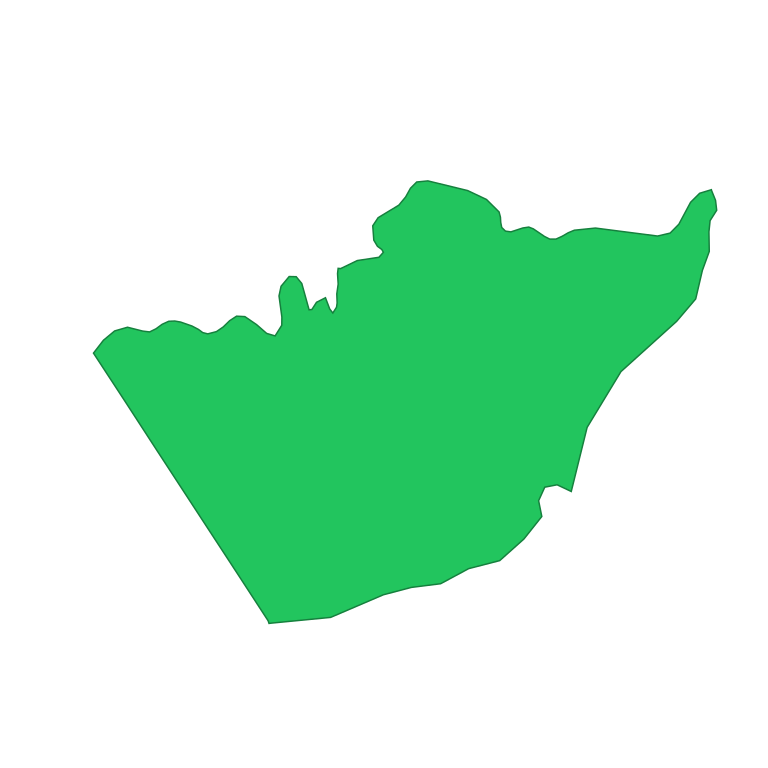 map outline of Kaabong (Mercator projection), rotated 282°
{"feature_id": "UGA-3125", "entity_name": "Kaabong", "entity_type": "District", "adm_level": 1, "iso_a3": "UGA", "parent_name": "Uganda", "parent_adm1": "", "projection": "mercator", "projection_center": [34.168, 3.648], "detail": "fine", "context": "isolated", "style": "filled", "palette": "green", "viewbox_px": 768, "rotation_deg": 282, "n_neighbors": 0, "source": "natural_earth", "source_scale": "10m", "svg_char_len": 1502}
<svg xmlns="http://www.w3.org/2000/svg" viewBox="0 0 768 768"><g transform="rotate(282 384 384)"><path d="M125.9,321.3L128.3,319.9L165.7,282.4L214.2,233.6L270.9,176.6L312.7,134.8L353.8,93.4L368.5,100.5L379.9,109.5L386.2,121.3L385.6,137.0L386.2,143.9L390.6,149.5L396.3,154.6L400.6,160.4L402.1,166.3L402.3,172.2L400.8,184.1L398.8,191.2L396.6,196.0L396.4,201.2L400.4,209.2L406.4,214.9L413.9,219.9L419.7,225.7L421.0,233.9L415.6,247.0L409.1,258.7L408.4,267.5L420.2,271.8L428.2,270.2L448.3,263.0L458.2,263.0L469.4,268.9L470.7,275.8L465.2,282.7L441.0,295.3L441.9,298.0L449.9,301.0L456.2,308.8L446.1,315.3L442.8,319.2L449.2,321.6L453.5,321.3L462.3,319.1L472.2,318.4L482.3,315.6L487.6,315.1L487.9,317.6L499.2,332.2L506.9,352.7L512.7,356.0L515.1,353.9L517.3,349.0L522.6,344.1L536.4,340.1L545.5,343.7L562.0,361.3L571.5,366.3L581.0,369.2L588.4,374.0L591.8,384.7L590.6,425.6L585.8,445.9L576.2,460.8L571.4,463.2L566.3,464.6L561.6,466.6L558.8,471.0L559.2,476.5L565.5,487.4L567.6,493.0L566.8,497.8L561.7,510.3L560.2,516.0L561.5,522.1L565.5,527.5L570.2,532.7L574.0,538.2L580.5,558.4L585.6,620.8L591.1,632.5L601.6,639.2L625.5,646.1L636.2,653.1L642.1,663.8L641.8,663.9L632.6,670.1L623.1,673.3L611.6,669.0L600.4,670.2L581.3,674.6L561.3,671.8L532.0,671.2L506.1,657.2L445.4,613.2L383.8,591.7L317.8,589.5L321.4,574.3L316.5,562.7L302.0,559.5L287.2,565.9L261.5,553.1L235.3,533.9L221.0,505.2L200.4,480.9L190.7,453.0L177.7,427.2L144.6,380.3L126.7,323.6L125.9,321.3Z" fill="#22c55e" stroke="#15803d" stroke-width="1.5"/></g></svg>